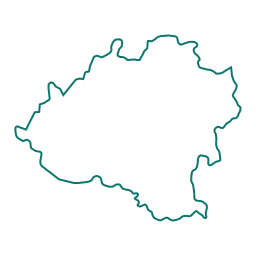 outline of Soria
{"feature_id": "ESP-5845", "entity_name": "Soria", "entity_type": "Autonomous Community", "adm_level": 1, "iso_a3": "ESP", "parent_name": "Spain", "parent_adm1": "", "projection": "orthographic", "projection_center": [-2.461, 41.603], "detail": "fine", "context": "isolated", "style": "outline", "palette": "teal", "viewbox_px": 256, "rotation_deg": 0, "n_neighbors": 0, "source": "natural_earth", "source_scale": "10m", "svg_char_len": 4338}
<svg xmlns="http://www.w3.org/2000/svg" viewBox="0 0 256 256"><path d="M231.1,67.4L232.0,75.7L233.9,81.2L236.6,85.0L236.6,86.3L236.4,87.7L235.9,89.1L235.3,90.4L234.6,91.5L233.2,94.0L232.8,95.5L233.3,96.8L234.2,97.9L236.3,101.2L237.4,103.4L237.7,104.6L238.4,105.6L239.3,106.1L240.6,107.7L240.3,110.1L239.8,111.6L238.9,113.2L237.9,116.1L236.8,117.6L235.7,118.3L234.5,118.2L233.2,118.5L231.9,119.2L230.5,120.9L229.3,121.9L226.9,123.2L224.7,125.9L223.9,127.0L223.1,127.8L222.0,128.1L219.6,127.3L218.6,126.8L217.8,126.9L217.2,127.0L216.5,127.5L215.8,128.0L214.8,129.1L214.5,130.3L214.6,131.5L214.9,132.6L215.6,133.4L216.4,138.2L216.1,144.2L216.6,147.0L217.4,149.0L218.3,150.0L219.0,151.2L219.5,152.7L220.4,160.0L219.7,160.6L218.6,161.1L217.3,161.4L216.1,161.8L214.0,163.0L211.7,164.7L210.6,165.2L209.5,165.2L208.7,164.6L208.2,163.6L208.3,162.4L208.4,161.0L208.4,159.7L208.2,158.4L207.6,157.4L206.7,156.7L204.5,156.0L200.6,155.4L199.2,156.2L198.5,157.4L198.1,158.7L197.9,160.0L197.9,161.3L197.7,162.9L197.0,166.7L196.3,168.1L195.5,169.2L194.6,169.8L193.7,170.1L192.9,170.8L192.1,172.0L191.4,175.2L191.2,180.9L192.3,183.2L192.8,184.1L193.1,185.2L194.1,191.7L194.4,198.1L194.9,199.4L195.8,200.2L196.9,200.6L199.3,201.0L200.5,201.0L201.8,201.4L202.9,201.9L205.7,204.1L206.8,205.5L206.9,208.1L205.8,212.5L206.0,215.7L206.4,216.8L206.1,217.7L205.3,218.1L204.3,217.8L203.5,217.0L202.8,216.0L202.0,215.1L198.8,213.1L197.8,212.2L197.1,211.4L196.0,211.1L195.0,211.8L190.8,215.8L189.6,216.2L188.4,216.2L185.4,215.8L183.1,216.2L181.6,217.1L180.1,218.4L178.4,219.2L176.5,219.8L173.3,220.5L171.5,220.2L169.2,218.9L168.2,218.1L166.6,217.6L165.1,218.1L160.9,220.3L159.1,220.2L155.6,218.7L154.2,217.8L153.3,216.7L152.7,215.4L152.0,212.9L151.5,211.9L150.6,211.3L149.1,210.5L148.4,210.1L148.1,209.6L147.6,208.7L147.3,207.6L146.8,206.4L146.2,205.3L145.0,204.5L143.9,204.9L142.5,205.6L140.4,206.5L139.0,206.3L138.0,205.8L137.6,204.9L138.8,203.0L138.9,201.9L138.2,200.7L135.9,199.4L134.9,198.6L135.1,197.9L137.1,196.5L137.7,195.4L138.0,194.5L137.3,193.4L136.2,193.3L135.0,193.4L133.9,193.7L132.9,193.2L132.2,192.3L131.1,191.1L129.0,190.1L125.9,189.6L123.6,188.9L122.1,188.1L121.4,187.0L120.7,185.8L119.7,184.6L118.0,184.4L116.7,184.4L115.5,185.0L114.3,185.8L112.9,186.6L109.7,186.8L104.8,185.4L103.3,184.6L102.2,183.5L101.5,181.1L101.3,179.9L100.9,178.6L100.2,177.4L98.0,176.2L96.4,176.0L94.9,176.5L93.8,177.0L93.0,177.9L92.3,178.9L91.9,180.0L89.8,181.3L87.0,182.0L78.4,183.0L73.9,183.0L59.1,179.4L42.0,166.2L40.6,164.3L40.3,161.4L41.5,154.0L41.5,153.2L41.0,152.5L40.1,151.8L35.7,151.0L31.6,148.5L31.1,147.8L30.8,146.9L30.4,142.9L30.1,142.1L28.8,140.7L27.3,139.9L26.3,139.7L23.9,140.9L22.9,141.0L17.7,137.9L16.7,136.6L16.1,135.1L15.5,131.5L15.4,128.7L15.6,127.5L16.3,126.7L17.3,126.4L26.0,129.6L34.7,112.3L39.2,111.9L39.8,104.4L44.1,103.0L49.0,99.8L49.4,99.3L49.7,98.6L48.5,87.9L48.7,84.2L50.5,82.5L53.0,82.8L55.0,85.3L55.5,86.2L56.1,86.8L59.5,88.5L60.4,89.2L63.3,95.1L75.7,79.7L79.6,78.6L83.2,79.1L85.0,73.1L85.5,72.3L86.5,71.8L87.7,71.8L88.7,71.6L89.3,70.0L90.0,66.1L94.1,56.7L96.9,55.7L101.9,57.3L105.8,55.4L109.3,53.3L110.8,51.7L111.5,50.2L111.4,48.9L111.2,47.7L111.3,46.5L111.6,45.3L112.3,43.9L112.8,42.5L114.3,40.5L115.8,39.6L119.2,39.3L120.5,39.7L121.6,40.3L121.9,41.3L122.1,42.5L122.2,43.7L121.7,46.2L121.0,47.2L119.4,48.9L118.9,49.9L118.6,51.2L118.1,52.4L117.7,53.7L117.5,54.9L118.1,56.0L120.0,57.0L122.0,57.0L123.5,57.3L124.9,57.9L127.3,59.8L128.3,60.0L128.7,60.0L129.3,59.8L133.9,59.5L137.6,60.0L139.9,59.9L140.0,59.6L140.2,59.1L140.5,58.2L141.9,56.0L143.3,53.3L143.8,51.9L144.5,50.9L145.3,50.1L146.0,49.6L146.7,49.0L147.2,48.1L147.5,45.8L147.6,43.1L147.7,41.9L148.1,41.0L148.9,40.9L151.5,41.3L152.7,40.8L155.6,38.8L157.2,37.3L160.6,36.1L168.6,35.5L175.1,36.3L176.3,36.9L177.0,37.6L177.4,38.7L177.7,39.9L177.7,41.1L178.2,42.4L179.0,43.6L180.2,44.5L181.6,44.5L188.7,42.0L191.0,41.8L193.3,41.9L195.3,42.4L196.6,43.3L197.2,44.3L197.2,45.5L196.6,46.5L195.7,47.3L194.7,47.9L193.9,48.7L193.7,49.9L193.8,51.1L194.3,52.4L195.0,53.5L198.0,56.0L199.3,58.2L199.6,59.2L199.7,59.6L199.6,59.8L199.3,60.0L198.8,60.5L198.2,61.3L198.0,62.4L198.1,63.6L198.8,66.1L199.5,67.2L200.8,67.9L207.9,69.7L210.0,69.8L213.2,71.2L214.5,72.1L215.8,73.4L217.1,73.7L220.2,73.4L221.6,73.0L222.9,72.4L225.1,71.0L226.2,70.2L231.1,67.4Z" fill="none" stroke="#0f766e" stroke-width="2"/></svg>